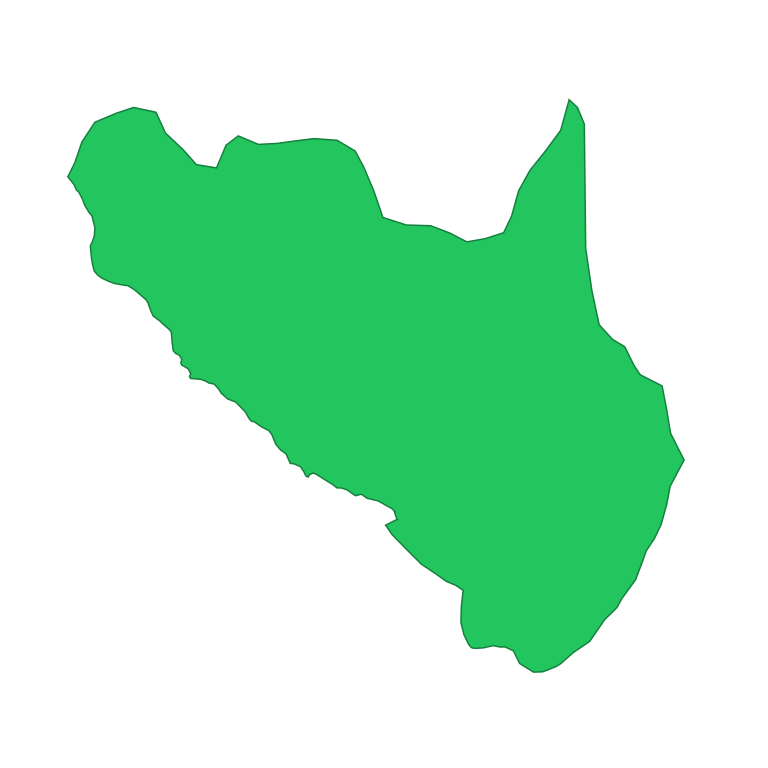 Mayo-Boneye, Mayo-Kebbi Est, Chad (Albers equal-area conic projection), rotated 353°
{"feature_id": "50815135B64807508580818", "entity_name": "Mayo-Boneye", "entity_type": "district", "adm_level": 2, "iso_a3": "TCD", "parent_name": "Chad", "parent_adm1": "Mayo-Kebbi Est", "projection": "albers", "projection_center": [15.551, 10.251], "detail": "fine", "context": "isolated", "style": "filled", "palette": "green", "viewbox_px": 768, "rotation_deg": 353, "n_neighbors": 0, "source": "geoboundaries", "source_scale": "gbopen_adm2", "svg_char_len": 3416}
<svg xmlns="http://www.w3.org/2000/svg" viewBox="0 0 768 768"><g transform="rotate(353 384 384)"><path d="M602.4,124.4L590.3,153.7L572.2,172.9L555.0,189.6L541.2,208.6L531.1,232.9L521.2,248.4L501.9,252.1L483.5,253.0L467.5,242.1L449.6,232.6L425.5,228.9L403.2,218.6L397.4,191.0L390.3,166.1L383.8,149.3L367.2,136.4L344.5,131.9L325.3,131.9L307.5,132.2L288.6,130.9L269.6,120.0L256.3,127.8L244.1,149.1L224.5,143.4L212.9,126.6L197.7,108.3L190.8,86.5L169.1,79.0L151.8,82.5L129.0,88.9L113.7,106.9L104.1,126.7L95.4,139.9L95.8,140.3L97.5,143.2L100.8,148.5L100.9,149.0L102.3,154.0L104.3,156.0L105.7,159.7L107.1,163.5L108.0,166.9L108.9,170.5L110.5,174.0L112.0,177.5L112.7,178.6L114.6,181.4L116.1,193.7L115.1,198.6L114.7,201.2L113.5,203.7L113.1,204.6L111.7,207.5L110.7,209.0L109.4,211.0L109.2,215.1L109.1,218.5L109.1,219.5L109.0,222.6L109.3,230.1L109.5,231.2L110.2,236.7L111.4,238.5L112.2,239.5L113.2,241.1L117.0,244.6L119.6,246.3L120.6,246.9L122.7,248.2L128.6,251.3L138.7,254.5L141.1,255.0L141.7,255.2L147.3,259.5L148.9,261.2L158.1,271.4L159.6,274.6L160.3,277.8L160.6,279.0L161.6,283.4L163.3,288.5L164.3,289.4L167.8,292.8L168.9,293.8L169.0,293.9L171.2,296.7L174.8,300.7L178.1,304.4L179.2,306.9L179.1,309.3L178.8,316.2L178.9,325.3L180.8,328.1L184.0,330.3L184.3,330.5L184.9,331.8L186.3,334.6L185.2,337.7L184.9,338.6L185.7,340.7L187.6,342.1L191.4,344.9L192.6,348.2L192.7,348.4L193.5,350.2L192.9,351.2L191.9,352.9L192.1,353.3L192.7,354.9L193.2,355.0L201.6,356.8L202.6,357.0L207.1,359.2L208.7,360.4L210.1,361.6L210.8,361.8L214.3,363.0L215.6,363.5L217.6,366.5L217.9,366.9L219.5,369.3L220.2,370.9L221.3,373.2L221.3,373.3L223.8,376.1L227.0,379.8L234.6,383.8L242.8,394.5L245.7,401.4L246.3,402.7L246.4,402.9L248.2,405.0L249.5,405.3L249.8,405.4L250.5,405.5L254.5,409.2L255.3,409.9L255.6,410.1L257.1,411.5L261.6,414.6L263.9,416.1L265.3,418.4L266.5,420.5L269.2,430.5L273.2,436.8L274.9,438.3L275.6,439.0L278.3,441.4L279.0,443.8L280.5,448.8L281.3,451.4L283.6,451.9L284.6,452.2L284.9,452.2L289.3,454.9L291.0,455.9L292.6,459.0L293.7,461.0L294.4,463.3L294.9,464.7L295.3,465.9L295.4,466.0L297.6,467.1L299.0,464.8L300.5,464.4L301.0,464.3L303.1,463.8L304.5,464.6L305.6,465.2L309.4,468.3L312.6,470.9L315.4,473.1L316.2,473.8L317.1,474.5L320.5,477.2L321.7,478.4L324.2,480.9L324.7,481.4L328.9,482.0L334.1,484.4L335.7,485.8L339.6,489.2L342.1,491.4L348.1,490.6L348.9,491.3L352.7,494.9L353.3,495.4L360.7,498.1L360.8,498.1L361.7,498.4L363.3,499.0L368.0,502.3L371.9,505.2L376.5,508.5L377.6,509.8L378.4,510.8L379.0,511.4L379.1,511.5L378.8,511.5L378.6,511.5L378.8,512.2L379.6,516.3L379.7,516.7L379.8,517.1L379.9,517.5L380.2,518.8L380.4,519.2L380.8,519.9L376.9,521.2L368.4,524.3L373.7,534.5L386.9,551.8L399.3,567.6L410.5,577.2L422.0,587.6L431.0,592.8L437.4,598.4L433.6,614.5L431.3,630.1L432.8,642.7L436.4,653.1L438.5,656.2L440.8,657.2L443.7,657.6L450.5,658.0L460.4,657.0L466.8,659.1L472.4,659.8L480.0,664.7L484.5,677.8L486.4,679.4L497.3,688.2L501.9,688.6L506.5,689.0L520.1,685.5L525.2,683.2L530.7,679.4L539.2,673.6L556.7,664.6L574.3,644.8L588.0,634.2L589.1,632.7L593.9,626.0L609.8,609.0L617.7,594.0L620.9,587.7L624.0,581.5L633.6,570.3L641.8,557.5L649.9,538.1L655.6,520.3L663.8,508.6L672.6,496.0L662.5,467.9L662.0,457.8L661.4,443.3L659.8,419.8L646.6,410.9L641.5,407.5L639.6,406.1L638.8,404.9L634.2,395.5L627.5,376.4L616.3,367.6L604.8,351.4L601.7,316.6L600.7,274.1L614.5,150.3L609.7,133.1L602.4,124.4Z" fill="#22c55e" stroke="#15803d" stroke-width="1.5"/></g></svg>